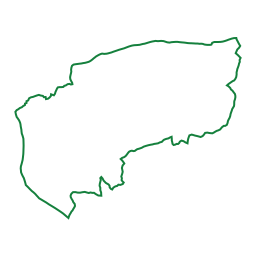 Emuhaya, Western, Kenya (orthographic projection)
{"feature_id": "3690345B95240919244140", "entity_name": "Emuhaya", "entity_type": "district", "adm_level": 2, "iso_a3": "KEN", "parent_name": "Kenya", "parent_adm1": "Western", "projection": "orthographic", "projection_center": [34.617, 0.08], "detail": "fine", "context": "isolated", "style": "outline", "palette": "green", "viewbox_px": 256, "rotation_deg": 0, "n_neighbors": 0, "source": "geoboundaries", "source_scale": "gbopen_adm2", "svg_char_len": 4361}
<svg xmlns="http://www.w3.org/2000/svg" viewBox="0 0 256 256"><path d="M240.2,45.9L239.4,44.6L238.6,43.2L237.6,41.2L236.6,39.4L236.3,38.0L233.9,38.1L231.8,38.6L230.0,39.2L228.5,39.7L226.7,40.4L224.9,41.0L222.7,41.6L220.5,41.9L217.9,42.0L216.4,42.0L214.3,42.0L212.2,42.8L211.4,44.6L210.0,44.9L208.3,44.9L206.4,44.8L204.4,44.5L202.8,43.9L201.1,43.7L199.6,43.8L197.2,43.5L195.3,43.5L193.8,43.4L192.0,43.3L189.5,43.2L187.9,43.1L185.9,42.8L184.4,42.6L182.1,42.4L179.9,42.2L177.7,41.9L175.3,41.9L173.6,42.0L171.4,42.2L169.5,42.6L167.2,42.3L165.1,41.6L163.6,41.1L161.1,40.9L158.7,41.1L157.3,41.1L155.5,40.9L154.0,41.2L152.3,41.5L150.2,42.0L147.9,42.7L146.3,43.2L144.6,43.7L142.7,44.0L139.7,44.8L137.7,45.0L136.2,45.1L134.2,45.2L131.9,45.6L129.2,46.4L126.5,47.4L124.2,48.3L122.8,48.7L120.7,49.3L119.0,49.8L116.4,50.7L113.4,51.7L111.6,52.4L109.8,52.9L108.0,53.4L106.6,53.7L104.2,53.9L102.1,53.6L100.5,54.1L99.2,54.7L97.7,55.5L96.0,56.5L94.8,57.5L93.6,58.4L92.5,59.4L90.5,60.9L88.8,61.8L87.1,62.3L85.2,62.8L83.2,63.1L81.3,63.5L79.5,63.7L78.1,63.9L76.5,64.1L75.1,64.3L73.5,64.6L72.0,65.8L71.4,67.7L71.1,69.8L71.3,71.6L71.0,73.1L70.6,74.7L70.1,77.1L70.3,79.2L71.2,81.1L72.2,82.9L72.4,84.2L70.9,84.5L69.5,83.9L67.6,84.2L65.7,85.5L64.3,85.8L63.4,86.9L61.8,87.1L59.6,87.1L57.8,87.4L57.0,88.6L56.3,90.2L55.5,91.9L55.0,93.7L53.9,95.3L52.4,94.8L51.1,94.3L50.9,95.9L49.7,97.4L48.0,98.7L46.0,99.1L45.6,97.0L43.9,97.2L42.9,95.9L40.6,95.5L38.9,94.9L37.1,95.4L35.1,96.1L33.0,96.9L31.0,97.3L29.1,98.3L28.2,100.4L26.5,101.2L26.5,103.0L25.0,103.6L24.9,105.1L23.2,106.0L21.9,107.2L19.9,108.0L18.2,109.3L16.7,110.1L15.4,111.8L15.9,114.4L16.7,117.0L17.7,118.3L19.1,120.4L20.1,122.7L20.5,124.4L20.7,126.2L21.0,127.8L21.4,129.8L21.5,131.3L21.8,133.6L22.5,135.5L23.0,137.2L23.4,138.7L23.5,141.4L23.6,145.7L23.4,152.1L23.3,154.1L22.9,157.7L22.6,160.0L22.1,162.0L21.5,164.3L20.9,166.3L20.7,168.5L20.9,170.1L21.1,172.4L22.1,174.8L23.0,176.6L23.7,177.8L24.2,179.2L24.9,181.5L25.5,183.6L25.8,185.0L27.9,187.0L29.9,189.1L31.8,191.0L33.7,192.5L35.4,194.1L36.5,195.4L37.9,196.9L39.1,198.3L41.0,199.4L43.5,200.9L46.2,202.5L49.0,204.4L52.0,206.2L55.1,208.1L58.3,210.2L60.7,211.8L63.1,213.5L68.4,218.0L69.0,216.2L69.7,214.6L70.6,213.2L71.5,211.5L72.5,210.5L73.4,208.8L74.3,207.4L75.0,206.0L74.7,203.9L73.3,202.2L72.7,200.6L71.6,198.9L70.7,197.0L70.6,195.6L71.4,193.7L73.1,192.1L75.5,192.1L77.5,192.6L80.0,192.7L82.5,192.2L84.8,191.9L87.2,192.6L88.8,193.0L90.4,192.5L92.5,192.9L94.0,192.8L95.8,194.1L98.3,195.5L101.3,195.7L101.2,194.3L101.1,192.4L100.3,190.2L100.3,187.7L99.6,185.8L99.8,183.8L100.3,181.8L100.8,179.9L100.3,178.1L101.3,177.0L102.6,178.5L103.6,180.6L104.6,181.6L105.7,182.8L107.2,183.7L108.5,184.4L109.5,185.7L109.7,187.4L110.9,188.9L112.2,189.5L113.4,187.6L115.3,186.4L117.2,185.9L118.4,184.7L120.4,184.9L122.8,184.0L123.7,182.5L122.7,181.6L121.6,180.2L121.9,178.2L121.3,176.5L122.2,173.8L122.7,171.8L122.3,169.8L121.9,168.0L122.6,165.5L124.3,163.5L123.6,162.4L122.2,160.5L120.7,159.0L122.1,157.9L124.2,157.1L125.7,156.0L126.9,154.5L128.2,152.7L129.1,151.7L130.5,151.0L131.9,150.7L133.4,151.1L134.8,150.9L136.0,150.0L137.2,149.2L139.1,148.7L141.7,147.8L143.8,146.6L146.0,145.9L148.1,145.3L150.3,144.8L152.6,144.4L154.3,143.9L155.8,143.7L158.1,143.3L159.8,142.4L161.8,141.9L163.0,140.6L164.1,139.7L166.2,138.9L168.4,138.4L170.3,137.3L171.6,136.8L171.8,139.0L171.8,140.5L172.3,142.4L172.5,143.8L173.6,145.0L175.3,144.6L176.6,143.9L178.0,144.0L179.2,143.0L179.8,141.7L181.5,140.6L183.6,141.2L185.4,142.4L187.5,143.3L187.8,140.8L188.2,138.8L188.7,137.3L189.4,135.4L191.7,134.6L193.5,135.1L195.1,135.6L196.5,135.9L198.5,136.4L200.6,137.0L202.6,136.1L203.9,134.7L205.1,132.9L207.3,132.6L209.3,133.0L211.0,133.2L212.4,133.3L213.8,132.6L214.9,131.9L216.6,130.9L218.2,130.4L220.1,129.5L222.0,127.2L223.7,125.9L225.1,125.9L226.8,124.9L227.6,122.9L227.9,121.1L228.7,119.4L229.6,117.8L230.2,116.1L230.6,113.9L231.3,111.9L231.8,110.5L232.2,109.1L233.1,107.6L234.0,106.1L234.2,104.5L234.2,102.9L234.3,101.2L235.0,99.2L235.4,97.1L235.3,95.5L234.9,93.9L233.8,92.5L232.5,90.7L230.9,89.4L230.2,87.9L228.4,86.2L227.0,85.4L228.4,84.1L231.1,82.2L232.7,81.1L234.1,80.5L235.2,79.1L236.2,77.1L236.6,74.6L236.6,72.2L237.0,70.8L237.3,69.1L238.0,67.3L238.7,65.3L239.1,63.4L239.8,61.9L239.6,60.0L240.6,57.9L238.0,55.2L235.7,53.2L237.3,49.5L239.1,47.7L240.2,45.9Z" fill="none" stroke="#15803d" stroke-width="2"/></svg>